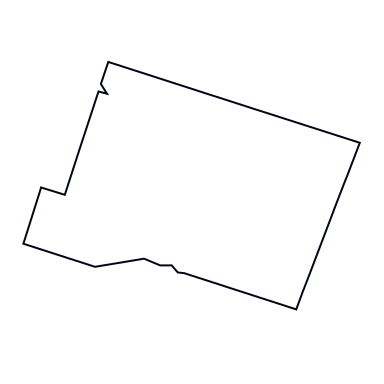 outline of Thomas, Georgia, United States of America, rotated 287°
{"feature_id": "52423323B60501572550321", "entity_name": "Thomas", "entity_type": "district", "adm_level": 2, "iso_a3": "USA", "parent_name": "United States of America", "parent_adm1": "Georgia", "projection": "equal_earth", "projection_center": [-83.95, 30.868], "detail": "fine", "context": "isolated", "style": "outline", "palette": "ink", "viewbox_px": 384, "rotation_deg": 287, "n_neighbors": 0, "source": "geoboundaries", "source_scale": "gbopen_adm2", "svg_char_len": 527}
<svg xmlns="http://www.w3.org/2000/svg" viewBox="0 0 384 384"><g transform="rotate(287 192 192)"><path d="M110.2,326.0L124.0,326.8L129.6,327.1L132.1,327.3L133.2,327.4L150.1,328.6L216.6,333.0L216.7,332.9L217.0,333.0L229.8,333.9L247.7,335.2L253.1,335.7L288.1,338.1L288.9,279.8L289.6,226.8L291.9,73.9L268.6,73.3L261.1,82.0L260.8,73.2L196.7,71.9L152.1,71.2L152.2,46.3L149.5,46.4L93.2,45.9L92.1,121.1L114.2,165.6L112.5,183.0L115.9,194.0L110.9,201.9L112.1,208.2L110.2,326.0Z" fill="none" stroke="#020617" stroke-width="2"/></g></svg>